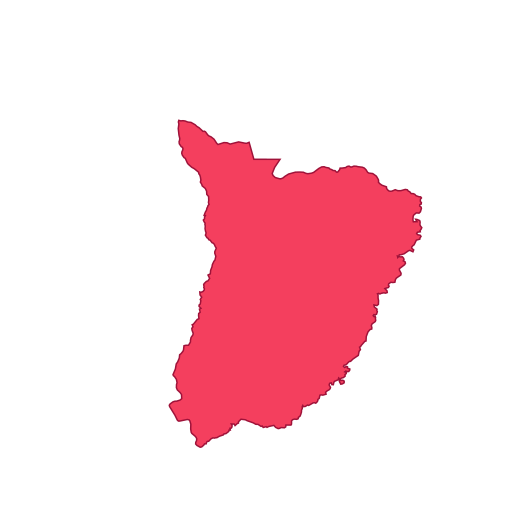 Lucas do Rio Verde, Mato Grosso, Brazil, rotated 51°
{"feature_id": "56859067B78400349800715", "entity_name": "Lucas do Rio Verde", "entity_type": "district", "adm_level": 2, "iso_a3": "BRA", "parent_name": "Brazil", "parent_adm1": "Mato Grosso", "projection": "orthographic", "projection_center": [-56.167, -13.048], "detail": "fine", "context": "isolated", "style": "filled", "palette": "rose", "viewbox_px": 512, "rotation_deg": 51, "n_neighbors": 0, "source": "geoboundaries", "source_scale": "gbopen_adm2", "svg_char_len": 6152}
<svg xmlns="http://www.w3.org/2000/svg" viewBox="0 0 512 512"><g transform="rotate(51 256 256)"><path d="M346.2,145.3L345.2,143.8L346.1,142.9L347.5,139.5L347.9,134.1L348.5,132.8L351.5,131.4L350.5,129.6L348.2,130.1L347.0,129.3L346.7,127.8L346.8,126.1L344.6,121.4L346.0,118.1L345.2,117.2L344.6,115.4L343.2,115.3L341.3,116.9L339.7,117.1L339.1,115.6L340.6,113.1L339.5,112.6L339.2,111.1L338.3,109.3L336.4,109.3L334.8,108.9L332.9,107.1L331.5,106.5L329.0,107.8L327.9,108.8L330.6,109.3L328.4,112.2L326.5,111.2L323.9,108.7L323.4,107.4L323.4,104.3L325.3,102.3L325.1,100.4L323.1,97.5L321.9,96.9L320.2,97.4L319.1,96.3L319.6,94.9L318.5,93.8L317.2,94.0L316.2,93.3L315.3,92.4L315.0,90.9L313.7,90.8L312.6,92.0L309.8,93.7L307.9,93.8L306.3,94.7L305.2,96.1L302.7,96.1L301.5,96.8L299.8,96.7L298.2,98.1L296.4,102.3L294.6,104.6L292.1,106.1L291.1,109.6L290.2,110.9L289.2,111.7L287.5,112.1L285.7,112.0L284.3,111.1L280.2,113.6L277.6,114.3L275.7,114.4L274.9,113.5L273.5,112.8L269.7,112.2L265.4,113.4L262.6,116.1L261.2,116.6L258.1,116.2L255.7,116.5L253.9,117.5L250.8,120.5L249.2,121.7L247.7,123.5L247.1,125.5L246.3,126.5L244.7,127.1L243.8,128.8L243.7,130.7L241.7,134.0L240.6,135.3L241.5,136.6L242.2,139.7L241.4,140.7L239.5,140.8L237.9,142.4L236.7,142.7L234.7,143.9L233.5,143.9L231.1,146.0L229.5,146.9L228.1,148.9L227.5,152.0L227.3,158.6L226.6,160.7L224.7,163.9L223.2,165.2L220.7,166.5L218.1,169.4L215.6,172.7L212.8,179.1L212.3,183.3L212.3,186.2L211.6,188.1L210.9,189.0L207.1,191.7L204.2,192.1L202.1,191.5L198.9,185.8L196.0,176.5L179.5,196.8L163.3,189.8L162.6,192.2L161.6,193.4L156.4,197.7L152.7,205.7L149.8,207.2L147.7,209.5L145.4,215.4L143.7,215.6L138.8,215.1L134.9,216.0L133.4,216.9L131.6,217.3L127.7,217.1L126.5,217.6L125.8,218.8L120.5,219.5L118.1,220.4L115.7,220.7L111.3,222.4L109.0,224.7L106.5,226.1L104.9,227.6L103.6,229.5L102.0,230.6L103.0,232.0L104.9,232.9L108.0,236.2L113.6,239.8L116.7,241.3L117.9,242.5L118.7,243.8L120.5,245.0L123.9,245.3L125.3,244.8L126.6,245.2L127.5,246.2L128.4,248.0L129.5,249.1L131.3,249.8L134.3,250.0L135.6,249.5L140.4,250.8L142.0,250.9L146.6,250.1L149.4,249.0L154.8,247.9L156.2,248.7L157.6,248.7L159.4,249.4L162.4,251.1L163.5,252.7L166.3,253.1L167.6,253.7L171.6,252.9L174.5,253.6L177.2,255.5L179.9,255.4L183.1,257.8L184.5,259.3L186.4,260.1L186.6,261.6L187.4,262.7L187.9,264.0L189.2,265.6L190.0,267.7L191.8,270.8L192.7,269.9L193.4,271.5L194.7,272.6L194.9,274.3L196.8,274.8L198.4,274.9L199.4,275.9L200.7,276.5L202.7,278.4L205.1,279.7L206.2,280.0L207.3,281.0L207.9,282.2L210.9,282.6L212.3,282.1L213.5,282.5L214.9,281.7L218.0,281.8L219.3,281.1L220.9,281.1L222.9,281.7L224.9,281.9L226.7,285.3L227.9,286.3L230.9,287.4L233.3,290.4L233.6,292.0L235.2,295.3L236.7,297.0L238.6,300.3L241.1,302.7L240.6,305.3L244.2,306.1L245.1,309.1L244.5,310.5L244.8,313.6L245.3,314.7L247.0,315.6L247.7,316.5L249.0,316.7L249.9,317.8L250.2,319.6L249.6,321.6L248.6,322.3L251.1,324.0L253.8,324.1L254.7,326.7L256.0,327.0L258.2,329.5L258.3,331.1L259.4,332.0L262.0,331.7L261.7,333.4L264.6,334.8L264.6,336.7L266.1,338.1L268.8,339.8L268.3,341.6L269.6,347.7L269.2,348.8L271.4,349.6L271.8,351.4L273.4,352.4L276.6,353.5L277.6,354.7L278.5,357.8L280.3,360.0L281.6,361.1L282.9,364.6L281.3,366.6L280.4,368.4L283.4,371.5L284.1,372.8L284.7,375.7L284.7,377.5L287.0,379.8L289.0,383.5L289.7,385.9L293.1,389.8L296.0,395.2L297.1,395.5L298.4,395.2L301.8,395.5L304.8,397.1L305.9,398.7L308.2,400.7L310.5,401.4L314.5,400.9L316.8,401.1L320.1,403.5L320.2,405.5L318.9,409.0L317.8,410.4L317.1,412.2L316.9,415.8L317.4,417.3L318.7,417.9L328.8,419.2L334.0,420.4L335.4,420.2L336.3,419.1L339.8,412.3L341.2,411.1L342.6,411.2L345.7,412.5L349.3,415.6L352.2,417.3L353.5,417.5L357.8,416.7L359.3,416.7L360.8,417.1L362.3,418.7L362.8,420.0L364.1,421.2L366.1,421.1L369.5,419.7L370.2,418.3L370.1,415.5L369.6,414.3L370.6,412.9L369.7,411.7L369.4,410.6L370.2,409.4L369.8,405.9L370.2,404.0L371.5,402.7L371.9,401.6L372.6,400.7L373.0,398.0L374.5,393.9L374.1,392.7L375.1,391.2L375.2,387.6L374.3,386.5L375.1,385.5L373.5,384.7L374.2,383.4L373.7,382.2L372.4,381.1L371.0,380.9L372.9,378.7L374.6,379.0L374.4,376.0L374.8,374.8L373.8,373.9L373.4,370.4L376.6,367.3L378.3,366.6L384.0,363.1L386.6,362.1L388.1,360.4L391.6,359.3L392.0,358.2L393.8,358.3L395.0,355.5L396.1,355.3L396.5,353.4L398.9,348.7L401.5,348.6L404.1,347.4L404.8,346.1L405.1,344.5L407.4,342.0L407.5,340.4L406.2,339.2L409.4,335.2L409.0,334.2L406.5,332.1L406.2,330.6L407.0,328.7L408.6,327.1L409.0,325.6L408.1,324.6L408.2,322.6L407.4,321.1L405.9,318.9L404.4,317.6L403.7,316.1L402.1,314.8L401.6,313.7L403.0,313.9L404.0,312.2L404.2,309.8L405.3,309.1L406.1,304.1L406.8,302.9L408.0,302.2L407.9,300.6L407.4,299.1L406.4,298.2L406.5,296.6L404.4,293.9L405.0,292.7L406.2,291.6L407.5,288.5L405.7,287.7L405.6,285.5L406.0,283.4L405.8,282.0L405.0,280.8L402.2,280.3L401.3,278.9L401.9,277.4L403.7,278.0L404.7,276.9L403.3,275.2L402.8,273.9L403.9,270.0L402.8,268.5L404.7,268.2L404.6,266.6L405.5,264.6L405.5,262.4L404.1,261.4L404.2,260.0L403.4,259.0L401.9,259.9L401.9,258.6L403.1,257.9L404.1,256.7L403.8,255.2L402.9,254.2L400.6,255.5L399.6,254.6L398.6,255.5L398.5,257.2L396.9,257.5L396.3,256.3L397.0,254.8L397.1,253.1L396.7,251.3L396.7,249.8L397.4,248.8L397.1,245.4L397.6,239.0L394.9,235.8L394.5,233.8L392.0,232.9L392.2,231.7L391.7,230.4L390.8,225.1L391.3,224.0L388.0,221.0L385.5,216.8L384.9,213.7L385.6,212.0L384.4,210.9L382.8,210.3L381.8,208.6L382.0,204.6L381.3,203.4L379.8,202.6L379.0,201.7L377.7,201.3L377.6,202.4L376.1,202.5L375.7,201.3L376.6,200.4L377.1,199.0L375.6,196.7L374.3,196.4L373.5,195.4L370.0,196.1L368.3,195.1L370.6,193.3L370.6,191.3L367.9,188.9L365.5,187.6L363.0,185.6L361.8,185.4L362.2,184.2L363.5,183.6L363.9,182.0L365.1,179.8L366.4,178.7L367.0,177.0L365.5,176.1L362.4,176.3L363.8,172.9L363.2,171.5L362.0,171.5L361.1,170.3L361.3,167.7L362.7,166.4L363.8,164.6L362.1,162.5L361.5,160.8L361.9,155.3L360.7,154.1L357.1,153.4L356.1,152.4L356.3,146.0L355.7,144.4L354.2,143.8L352.5,144.6L352.0,143.3L350.7,142.7L348.8,142.7L347.5,144.4L346.2,145.3ZM346.2,145.3L346.4,146.8L345.0,146.1L346.2,145.3ZM404.7,268.2L405.1,269.5L406.1,270.2L409.0,270.8L409.8,269.2L410.0,267.3L408.7,266.2L407.2,266.7L406.2,268.3L404.7,268.2Z" fill="#f43f5e" stroke="#9f1239" stroke-width="1.5"/></g></svg>